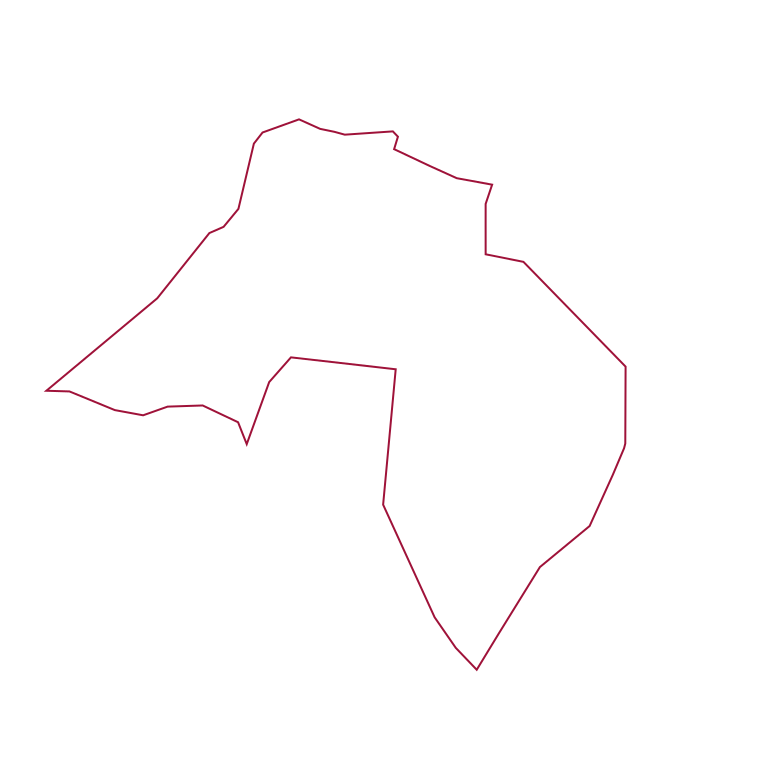 Udung Uko, Akwa Ibom, Nigeria, rotated 40°
{"feature_id": "59680162B95559320678868", "entity_name": "Udung Uko", "entity_type": "district", "adm_level": 2, "iso_a3": "NGA", "parent_name": "Nigeria", "parent_adm1": "Akwa Ibom", "projection": "equal_earth", "projection_center": [8.245, 4.743], "detail": "fine", "context": "isolated", "style": "outline", "palette": "rose", "viewbox_px": 768, "rotation_deg": 40, "n_neighbors": 0, "source": "geoboundaries", "source_scale": "gbopen_adm2", "svg_char_len": 729}
<svg xmlns="http://www.w3.org/2000/svg" viewBox="0 0 768 768"><g transform="rotate(40 384 384)"><path d="M228.4,184.8L193.7,218.2L183.9,222.7L171.1,229.6L148.8,235.9L141.7,248.1L129.3,269.4L129.8,283.5L159.9,343.4L160.1,366.7L153.2,380.6L155.2,464.1L129.7,606.2L147.8,591.9L194.6,577.0L204.1,571.6L219.6,562.8L228.2,548.2L232.8,540.4L258.9,517.0L296.8,507.1L317.5,518.3L294.8,456.3L295.6,423.4L383.5,365.2L460.9,477.0L572.8,530.2L608.6,540.0L638.7,543.3L632.3,501.3L621.1,424.0L632.8,360.6L617.6,306.3L609.2,278.9L607.1,274.5L557.9,215.4L412.3,200.8L378.5,219.3L359.5,196.7L346.1,180.7L338.7,161.8L307.4,179.6L278.8,187.6L240.8,197.6L236.5,187.5L235.7,185.6L228.4,184.8Z" fill="none" stroke="#9f1239" stroke-width="2"/></g></svg>